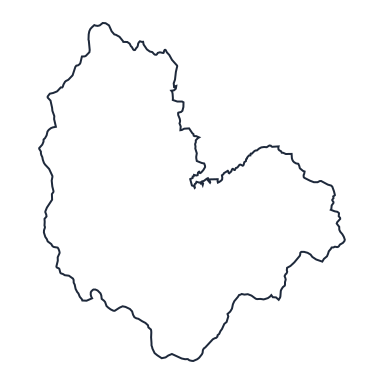 Tram Tau, Yên Bái, Vietnam
{"feature_id": "81297802B29855819440848", "entity_name": "Tram Tau", "entity_type": "district", "adm_level": 2, "iso_a3": "VNM", "parent_name": "Vietnam", "parent_adm1": "Yên Bái", "projection": "equal_earth", "projection_center": [104.472, 21.51], "detail": "fine", "context": "isolated", "style": "outline", "palette": "slate", "viewbox_px": 384, "rotation_deg": 0, "n_neighbors": 0, "source": "geoboundaries", "source_scale": "gbopen_adm2", "svg_char_len": 5908}
<svg xmlns="http://www.w3.org/2000/svg" viewBox="0 0 384 384"><path d="M257.1,299.1L260.3,298.9L263.6,299.4L264.8,299.1L267.9,298.1L270.0,296.6L271.3,295.1L272.8,297.2L276.0,297.4L278.7,299.8L280.1,297.5L280.4,296.3L280.8,290.9L281.3,289.6L282.8,287.2L284.8,285.6L285.0,284.4L285.0,282.1L285.7,279.6L285.4,278.2L284.6,276.1L285.5,274.3L286.5,273.5L287.2,271.8L286.8,270.1L287.1,267.8L290.4,266.0L294.3,262.4L299.8,255.8L300.2,254.5L300.3,252.9L301.0,252.1L301.3,251.9L304.2,251.9L307.6,252.8L310.6,254.6L312.3,256.9L316.2,259.5L322.3,261.6L323.9,258.9L327.0,256.3L328.0,253.9L328.8,251.3L330.9,248.8L331.6,247.5L333.5,247.4L334.9,246.7L337.1,247.1L338.2,246.8L338.8,246.3L339.9,244.6L342.9,242.9L344.4,241.1L344.8,239.7L343.9,237.0L342.4,234.3L340.2,231.7L339.3,229.7L339.2,226.8L336.7,223.6L337.2,222.2L340.2,218.9L340.1,217.9L338.7,216.2L339.0,213.4L338.8,212.9L337.3,211.8L334.7,211.3L330.8,209.8L331.3,209.0L331.7,205.4L333.4,203.1L333.5,202.1L332.3,200.4L332.3,199.7L333.5,198.2L333.2,196.4L334.2,195.8L334.9,195.1L334.0,191.4L332.3,186.7L331.2,185.6L327.8,184.6L321.1,181.0L319.7,181.1L317.6,182.2L313.9,182.2L310.0,180.7L304.3,177.8L303.7,177.0L303.6,175.1L304.2,173.8L304.6,171.5L303.0,170.9L300.1,168.5L299.8,168.1L299.3,166.0L298.3,163.8L296.1,163.4L294.2,162.3L293.1,161.2L292.4,159.9L291.9,158.3L291.6,153.9L285.8,154.0L283.2,152.8L281.7,152.7L281.2,151.4L279.3,150.3L278.5,149.4L278.3,147.6L278.6,146.4L272.3,146.8L271.5,146.5L270.8,145.7L269.4,145.5L266.7,147.2L264.1,147.0L261.3,147.4L259.2,148.5L256.9,150.4L255.5,150.5L254.4,151.1L251.8,153.7L250.8,153.6L250.5,154.0L250.4,155.4L248.9,155.5L247.1,157.6L247.0,158.6L246.1,159.2L245.9,161.1L244.3,162.2L243.7,164.6L243.3,165.4L242.7,165.7L240.5,164.6L239.5,164.8L237.4,167.5L235.9,168.0L234.8,170.0L234.3,170.0L233.0,168.9L232.5,168.9L232.0,169.5L231.2,171.5L229.2,173.3L228.7,173.0L228.0,171.0L227.8,170.8L223.9,173.2L223.3,174.4L221.9,175.3L222.3,177.6L222.1,179.6L220.8,180.9L219.2,182.0L217.9,182.6L217.6,181.4L217.7,179.2L209.5,179.4L209.5,180.4L210.2,182.3L210.0,182.7L207.7,180.0L208.1,178.7L207.9,178.2L206.8,178.7L203.9,180.9L202.1,181.4L202.1,181.9L203.1,183.5L202.7,185.0L202.1,183.5L200.8,183.6L200.4,182.3L199.3,182.6L196.5,181.8L195.8,183.5L195.0,183.9L194.6,184.7L194.5,186.1L194.9,187.7L194.7,187.9L194.1,186.4L193.3,185.8L192.3,185.7L191.9,185.4L190.2,179.1L192.6,178.0L192.7,176.5L193.7,176.3L194.0,174.9L196.3,175.5L197.6,175.2L198.0,172.7L198.8,171.8L199.2,171.7L199.9,173.0L200.2,173.1L201.2,172.5L203.3,170.1L204.4,168.3L205.1,167.0L205.0,165.7L204.2,163.5L201.8,163.0L196.8,161.0L196.3,158.5L196.2,156.9L196.8,153.3L195.3,148.5L195.5,146.7L195.1,144.1L195.8,142.2L195.8,140.3L197.8,138.2L199.1,137.4L196.1,136.1L194.4,136.1L193.7,135.7L193.4,134.0L192.3,133.2L189.1,128.4L184.2,128.7L181.8,130.0L180.4,130.2L180.7,126.4L179.5,123.4L180.0,121.9L180.1,120.7L179.7,118.7L178.2,115.0L178.1,113.0L178.4,112.6L181.0,112.0L182.4,110.8L183.4,107.0L183.5,102.3L182.0,101.5L177.2,101.5L172.8,100.0L172.9,98.2L172.6,93.8L172.2,91.9L171.3,90.7L173.8,90.4L175.5,89.1L175.9,88.3L176.3,85.9L175.4,86.2L174.8,87.4L174.1,87.2L173.7,83.3L175.0,79.6L175.9,71.8L177.2,66.3L177.1,65.6L172.0,59.9L169.3,55.0L166.9,52.4L165.7,50.1L165.2,49.8L164.7,49.9L164.1,50.9L163.7,52.7L163.2,53.0L159.9,52.3L157.8,52.9L156.8,54.4L156.1,54.8L154.8,54.6L154.1,54.1L152.3,52.1L149.8,51.5L146.9,49.4L143.6,44.5L143.1,41.8L141.9,41.9L139.9,41.3L139.0,42.2L138.2,43.5L137.8,45.8L137.2,47.1L136.1,48.2L135.1,49.9L134.1,50.1L133.2,49.5L131.9,47.1L130.9,46.2L129.7,43.7L127.3,42.0L123.3,41.9L123.1,41.3L119.5,36.8L115.9,34.8L114.3,34.4L111.7,31.4L109.0,25.4L105.6,23.2L102.7,23.0L99.7,25.4L97.7,25.9L95.6,25.6L94.3,25.1L91.7,27.5L90.3,29.1L89.3,31.3L88.7,34.3L88.5,39.8L88.8,40.6L89.7,50.0L89.4,52.2L85.9,55.8L84.7,56.4L81.9,56.5L80.4,62.9L79.6,64.2L77.9,65.4L76.4,65.6L75.4,66.8L72.6,75.3L68.9,79.2L68.1,79.9L65.9,81.0L65.0,81.8L63.5,84.5L62.8,86.7L62.1,87.5L60.8,87.4L57.3,91.2L56.6,91.6L53.1,93.0L49.8,93.7L47.8,96.3L47.6,96.8L47.7,97.6L50.5,100.6L52.1,107.8L52.4,110.8L54.3,116.1L54.1,119.1L55.9,126.8L52.8,127.4L51.0,128.1L48.8,129.8L47.5,131.5L46.6,135.4L45.0,138.2L43.6,139.5L43.5,141.7L42.3,144.6L39.2,148.1L39.2,148.8L40.9,151.6L40.9,153.3L41.3,155.0L42.3,157.1L42.8,159.7L43.9,162.8L45.0,164.5L49.1,168.9L52.4,176.0L52.4,177.0L51.7,180.6L52.3,186.4L53.5,191.2L53.4,192.0L51.9,194.1L52.1,199.7L46.9,207.6L45.4,211.3L45.3,212.1L46.3,214.8L46.5,216.5L44.5,218.9L44.7,221.8L44.5,225.6L44.9,226.8L44.9,227.7L44.0,230.3L43.9,232.5L45.3,236.9L46.8,239.1L47.7,241.4L51.3,244.1L52.3,245.9L52.8,246.4L53.9,247.0L57.6,247.6L58.3,248.5L59.2,250.7L59.6,252.4L59.5,253.3L57.7,257.3L57.8,260.7L56.4,266.4L56.7,267.4L59.0,268.5L59.4,269.1L60.3,272.7L61.0,273.4L62.9,274.0L64.8,275.2L68.9,275.7L73.0,278.6L73.6,279.9L73.7,282.7L74.7,284.6L75.6,288.9L77.2,292.0L78.4,293.4L79.8,296.8L81.9,299.3L82.3,300.5L86.6,300.7L92.1,298.3L91.2,296.6L90.7,294.6L90.8,292.3L91.3,291.4L92.8,289.9L93.5,289.5L95.3,289.5L97.6,290.5L100.5,293.4L101.3,295.5L101.7,298.9L104.0,300.7L105.1,302.0L106.5,306.0L108.2,307.6L110.7,309.4L113.3,310.7L114.7,310.8L119.5,307.7L122.6,306.3L125.5,306.9L129.9,309.0L132.1,311.4L133.1,314.8L134.4,317.2L136.3,318.3L138.4,318.8L142.1,321.2L145.4,322.9L148.0,325.3L148.4,327.4L150.9,329.5L151.2,330.7L151.3,332.6L151.1,337.4L151.5,343.1L151.5,345.4L152.2,347.4L152.4,348.5L154.6,353.1L157.3,355.3L161.7,358.2L165.6,357.4L168.3,355.5L171.9,354.0L181.7,358.5L185.0,359.2L187.8,359.1L189.4,360.3L191.5,360.8L193.2,361.0L197.3,359.2L199.2,357.7L201.9,354.3L202.6,352.8L202.9,350.1L203.8,348.5L205.3,347.4L212.8,339.3L214.6,338.3L216.3,337.8L217.4,336.6L217.6,335.2L219.2,333.9L220.4,331.2L222.0,329.0L224.3,323.9L226.6,322.0L228.3,316.4L227.5,314.0L230.2,311.6L232.0,308.6L232.9,304.3L234.3,301.2L237.9,296.9L239.1,295.0L240.4,294.7L241.7,294.0L244.4,294.6L247.8,294.2L251.5,295.6L255.7,298.7L257.1,299.1Z" fill="none" stroke="#1e293b" stroke-width="2"/></svg>